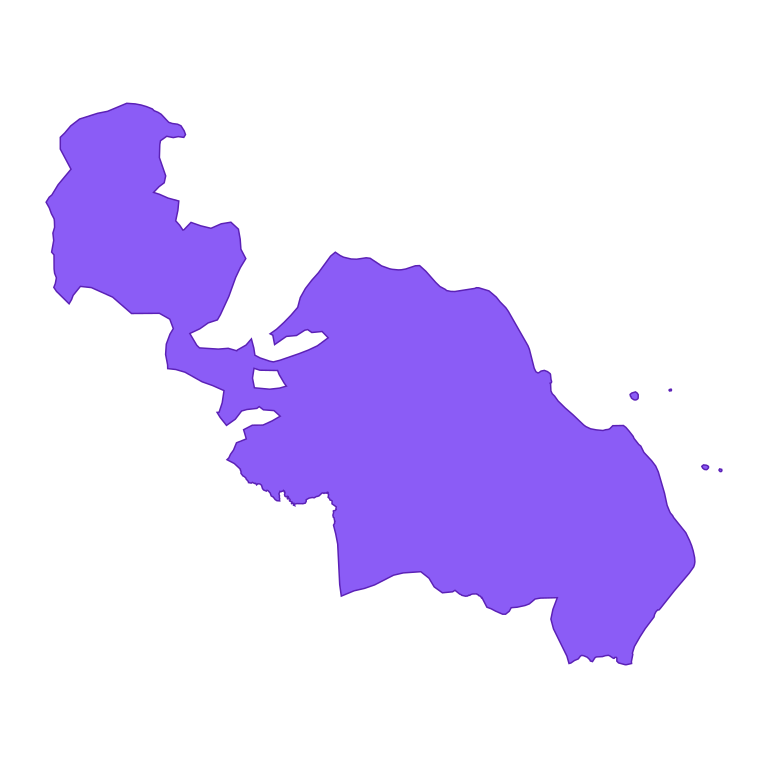 outline of Nias, Sumatera Utara, Indonesia
{"feature_id": "22746128B114560941686", "entity_name": "Nias", "entity_type": "district", "adm_level": 2, "iso_a3": "IDN", "parent_name": "Indonesia", "parent_adm1": "Sumatera Utara", "projection": "mercator", "projection_center": [97.729, 1.084], "detail": "fine", "context": "isolated", "style": "filled", "palette": "violet", "viewbox_px": 768, "rotation_deg": 0, "n_neighbors": 0, "source": "geoboundaries", "source_scale": "gbopen_adm2", "svg_char_len": 6105}
<svg xmlns="http://www.w3.org/2000/svg" viewBox="0 0 768 768"><path d="M97.6,113.3L79.6,119.0L70.7,125.9L64.8,132.9L60.3,137.3L60.3,149.1L71.0,169.2L58.1,184.7L51.9,194.9L49.2,197.2L46.1,202.2L49.3,207.9L51.4,213.7L54.1,218.8L54.4,221.2L54.6,227.3L52.9,233.1L53.7,240.5L51.6,252.1L54.0,254.9L54.1,269.0L54.6,273.3L56.4,277.8L55.3,283.6L53.8,287.4L56.5,291.4L69.1,303.8L71.6,299.5L73.1,295.4L80.4,286.4L91.4,287.6L112.6,297.1L131.5,313.5L159.4,313.3L169.8,319.2L173.3,328.6L170.0,334.1L166.3,344.1L165.6,354.4L167.6,364.9L167.7,368.6L175.8,369.5L185.0,372.2L202.1,381.8L212.5,385.5L224.0,390.6L222.2,402.8L219.1,412.2L217.1,412.4L220.2,417.5L226.5,425.4L235.3,419.2L241.6,411.0L246.9,409.5L256.9,408.4L259.2,406.6L263.4,409.8L274.0,410.6L280.2,416.2L272.1,420.9L262.9,425.1L252.3,425.2L243.6,429.7L246.3,438.9L236.5,442.8L233.5,450.1L230.5,454.3L228.9,457.8L227.0,459.7L234.3,463.5L240.4,469.2L240.2,469.7L241.0,471.4L241.0,473.4L243.0,476.0L244.3,476.6L245.9,478.1L246.1,479.0L248.4,481.6L248.5,482.6L251.3,483.1L252.4,482.4L254.7,483.5L255.6,483.4L256.6,484.9L257.7,483.8L259.8,483.9L261.5,485.2L262.5,488.6L263.6,490.0L266.4,491.1L267.0,490.3L268.1,490.7L270.2,493.0L271.2,495.9L273.3,497.1L275.2,499.6L276.9,500.7L279.7,500.9L279.5,499.6L279.7,498.7L279.3,497.2L279.5,495.7L278.9,493.9L280.0,491.3L281.0,491.8L281.7,491.3L283.1,491.1L283.4,490.4L284.6,491.3L284.4,492.2L285.0,492.9L284.5,494.5L284.9,496.1L285.8,496.7L286.5,496.5L287.3,496.8L287.7,496.3L288.3,496.6L288.5,497.5L287.3,497.8L287.4,498.7L288.0,499.0L289.0,498.4L289.4,498.7L290.1,499.6L290.1,500.2L289.5,500.5L289.6,501.0L292.1,502.1L292.1,502.7L291.5,503.3L291.7,503.6L292.3,503.2L293.1,503.8L293.7,503.4L293.9,504.6L293.6,505.2L294.7,505.6L294.3,504.5L294.7,504.1L296.8,503.6L303.0,503.7L305.3,503.1L306.2,501.4L306.2,499.7L309.1,498.1L312.2,497.5L314.2,497.8L316.4,496.5L317.5,496.4L319.1,495.8L321.8,493.2L322.9,492.9L324.0,493.4L324.8,492.9L326.3,493.2L327.2,492.3L327.9,492.3L328.2,492.8L327.8,493.5L328.6,494.5L328.1,497.3L329.4,498.4L330.1,500.1L331.4,500.4L332.1,501.0L332.0,503.8L336.3,506.9L335.9,508.9L336.2,509.4L335.0,510.6L333.9,510.6L333.3,511.0L333.6,512.6L332.9,515.1L333.3,517.2L334.0,517.7L334.5,520.4L335.0,521.3L334.5,521.9L334.7,523.1L333.5,525.1L335.7,533.8L337.7,544.1L339.7,584.5L341.3,596.1L354.1,590.8L364.5,588.4L374.6,584.9L393.5,575.2L403.3,572.9L420.8,571.7L429.0,578.2L434.2,586.9L442.4,592.8L452.6,591.8L455.0,590.3L459.7,594.1L461.0,594.6L461.8,595.3L465.5,596.2L467.7,596.0L468.5,595.3L469.9,595.3L470.4,594.7L472.5,594.0L476.8,593.9L477.1,594.4L478.4,594.9L478.6,595.5L480.5,596.3L481.6,598.0L482.0,597.7L486.9,607.2L491.2,608.8L495.9,611.3L502.6,614.2L505.6,614.2L509.3,611.2L511.2,607.7L517.2,607.2L525.1,605.5L529.3,603.9L535.1,599.0L540.3,598.1L557.3,597.7L552.9,609.4L550.9,619.1L553.5,628.9L566.9,656.1L569.0,663.5L570.9,663.0L574.5,660.5L578.3,658.9L580.4,656.1L581.7,655.4L583.6,655.7L587.2,657.2L589.7,659.6L590.4,661.0L592.5,661.6L595.0,657.7L596.4,656.9L602.5,656.6L605.3,655.7L608.4,655.3L609.8,655.9L613.4,658.3L614.2,658.3L614.8,657.4L616.4,657.4L616.9,658.3L616.8,661.1L618.5,662.9L625.1,664.7L626.4,664.7L631.6,663.5L631.4,661.6L632.8,654.4L632.4,653.2L634.4,646.5L640.1,636.6L645.3,628.5L654.0,617.0L654.6,614.3L656.1,611.5L657.8,609.8L658.8,610.0L659.2,609.7L660.3,608.5L674.3,590.8L689.3,573.1L693.7,566.9L694.5,564.4L694.9,561.9L694.6,557.5L693.2,550.9L691.6,545.6L689.6,540.6L685.8,532.7L673.6,517.5L672.6,515.6L670.4,513.0L669.6,511.4L667.1,505.3L664.5,493.2L658.3,471.9L655.7,466.1L651.7,460.8L643.9,452.4L640.8,446.1L638.8,444.5L636.6,441.7L634.0,438.4L633.2,436.4L629.0,431.0L625.9,427.4L623.4,425.5L612.8,425.7L609.7,428.8L608.3,429.4L605.8,429.7L603.0,430.5L596.5,429.9L590.6,428.8L585.9,426.6L583.6,424.9L572.9,414.7L565.2,408.0L558.1,401.0L554.6,396.1L552.2,393.7L550.9,390.8L550.6,384.2L550.1,383.2L551.4,382.7L551.6,381.5L551.0,379.4L550.5,374.5L550.1,373.6L547.5,371.6L544.3,370.4L541.0,371.1L538.7,372.8L537.6,372.8L535.9,371.7L534.2,368.2L529.4,349.3L528.0,345.8L508.3,311.3L505.8,307.7L500.1,301.9L496.3,297.1L489.0,290.9L478.8,287.8L476.3,287.7L474.8,288.4L454.9,291.5L450.8,291.4L446.5,290.5L445.5,289.5L439.9,286.5L435.6,282.3L425.8,271.2L419.6,265.6L415.3,265.8L405.7,269.0L401.2,269.8L398.3,269.9L392.1,269.3L389.7,268.8L381.6,265.9L370.2,258.3L366.2,257.8L356.6,259.2L351.2,259.0L343.6,257.2L340.1,255.5L335.3,252.2L330.6,256.1L318.4,272.8L311.8,280.2L305.4,288.5L300.3,297.6L297.7,307.4L291.0,315.2L284.0,322.4L276.5,329.3L270.1,333.8L272.8,335.2L274.6,344.6L286.4,336.4L296.5,335.5L304.8,330.2L307.7,329.6L311.8,332.5L322.1,331.5L328.2,337.8L317.4,345.8L308.5,350.0L299.2,353.6L280.1,360.2L273.4,361.9L269.8,361.2L260.0,357.9L254.9,355.2L253.8,348.0L251.4,338.9L246.0,345.1L237.2,350.1L236.8,350.8L228.2,348.3L218.3,349.1L199.5,347.9L196.8,345.3L189.8,333.5L199.8,328.8L208.2,322.9L217.4,319.9L220.4,314.7L228.8,296.5L235.7,277.4L240.4,267.5L245.8,258.6L240.9,249.2L240.2,239.2L238.4,229.1L230.9,222.2L221.2,223.8L211.0,228.3L200.7,225.8L191.0,222.4L184.0,229.7L182.9,230.1L179.7,225.3L175.7,220.8L177.9,210.3L178.8,201.0L168.1,198.1L159.5,194.3L153.6,192.4L159.0,186.7L164.2,182.8L165.7,175.9L159.4,157.6L159.8,144.5L160.5,140.7L166.7,136.3L173.3,137.6L178.2,136.6L183.8,137.4L185.5,134.6L184.2,130.9L181.0,125.8L177.6,124.2L172.3,123.5L168.7,122.3L161.2,114.3L158.0,112.3L154.1,110.7L152.3,108.9L146.5,106.6L141.1,105.0L135.2,103.9L126.7,103.3L107.6,111.3L97.6,113.3ZM259.9,370.2L277.6,370.5L279.2,374.6L284.3,383.3L286.4,386.1L279.5,388.1L269.7,389.2L254.4,387.8L252.5,378.1L254.0,368.3L259.9,370.2ZM636.6,399.7L638.0,398.6L638.2,397.4L638.2,394.6L637.1,393.0L635.5,391.9L631.8,393.0L630.1,394.4L630.4,396.1L631.0,396.6L631.2,397.7L632.1,398.6L633.8,399.7L635.1,400.0L636.6,399.7ZM707.1,469.4L708.5,467.8L708.5,466.6L707.7,465.8L706.3,465.2L703.5,464.9L701.8,466.3L702.6,468.0L704.3,469.4L706.3,469.7L707.1,469.4ZM721.1,471.6L721.9,470.8L721.7,469.4L719.7,468.9L719.1,469.7L719.1,470.5L720.2,471.6L721.1,471.6ZM669.6,391.0L671.3,390.7L671.5,389.9L671.0,389.1L669.3,389.6L669.1,390.4L669.6,391.0Z" fill="#8b5cf6" stroke="#5b21b6" stroke-width="1.5"/></svg>